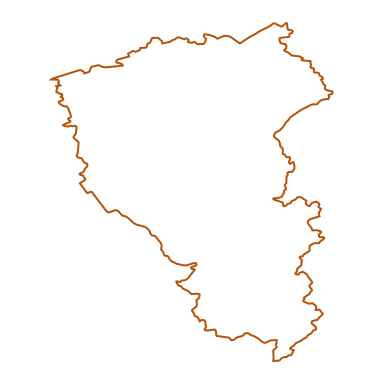 SVG path tracing the border of Kemerovo
{"feature_id": "RUS-2401", "entity_name": "Kemerovo", "entity_type": "Region", "adm_level": 1, "iso_a3": "RUS", "parent_name": "Russia", "parent_adm1": "", "projection": "natural_earth1", "projection_center": [87.523, 54.5], "detail": "fine", "context": "isolated", "style": "outline", "palette": "amber", "viewbox_px": 384, "rotation_deg": 0, "n_neighbors": 0, "source": "natural_earth", "source_scale": "10m", "svg_char_len": 5880}
<svg xmlns="http://www.w3.org/2000/svg" viewBox="0 0 384 384"><path d="M281.2,26.6L282.2,26.3L286.2,23.0L287.2,23.6L287.2,26.0L287.8,29.6L291.6,30.3L292.3,30.5L292.7,31.2L292.3,32.8L290.1,33.6L289.4,34.2L289.4,36.2L288.8,37.0L280.3,37.8L279.7,38.2L279.6,40.8L280.7,43.2L285.4,44.2L286.4,45.7L286.1,48.4L284.3,50.0L284.6,50.9L287.9,52.3L291.8,55.5L299.6,56.4L300.6,57.3L302.6,57.9L302.8,58.5L301.8,59.4L301.7,60.0L302.1,60.3L310.5,61.1L310.7,61.4L310.4,62.9L311.1,64.6L310.4,66.7L310.6,67.6L313.9,68.6L314.0,69.3L313.7,71.0L314.0,72.1L314.9,72.6L317.0,72.5L318.6,73.0L318.9,73.4L319.7,75.7L322.0,76.9L322.7,77.7L322.9,78.8L321.1,79.6L323.6,84.2L325.2,85.5L325.3,86.3L324.8,88.0L325.0,88.9L326.9,90.2L332.4,91.6L332.7,92.6L331.8,94.1L329.0,94.7L328.6,95.6L329.4,96.9L328.4,98.9L323.0,99.6L321.1,100.4L319.8,101.2L317.2,104.0L316.2,104.4L312.9,104.3L311.2,104.8L300.9,110.0L290.0,117.5L288.9,119.6L286.0,122.4L283.3,126.7L280.0,130.1L275.5,132.6L274.0,135.0L274.0,136.3L274.7,137.3L278.9,140.8L279.9,143.2L280.2,145.9L282.8,148.7L282.7,153.5L283.2,154.1L285.0,154.7L285.7,156.3L286.6,157.1L289.5,157.1L290.0,157.9L290.1,159.1L289.0,161.7L289.3,163.3L290.2,163.8L292.5,162.3L293.7,162.3L294.5,166.8L294.3,168.8L292.3,171.8L288.7,171.9L287.4,173.0L287.6,175.5L286.5,176.6L286.3,183.1L284.7,185.2L286.1,188.9L283.9,191.1L283.8,193.6L282.6,194.9L281.9,196.5L281.3,197.0L277.7,198.0L273.9,198.3L273.3,198.6L273.3,199.0L274.3,199.7L282.5,202.4L282.9,203.1L283.4,206.0L284.3,206.3L286.1,205.5L287.9,203.8L289.9,203.5L291.0,202.5L291.7,201.1L295.8,199.3L297.0,197.6L299.7,197.0L301.2,197.4L306.3,200.7L305.8,203.9L308.8,206.1L309.5,206.1L311.2,203.7L312.3,202.8L316.3,201.7L318.4,202.9L319.4,204.2L318.6,206.2L318.6,207.1L321.1,209.0L318.7,213.0L319.5,216.3L309.6,219.4L308.0,221.1L307.6,222.4L308.4,224.0L311.3,227.7L312.4,230.4L317.0,230.2L320.8,231.4L321.2,232.1L318.8,234.8L319.1,236.5L320.0,237.2L323.2,237.1L324.3,238.1L323.5,239.2L320.2,241.3L319.1,243.1L314.1,243.2L310.6,245.1L309.8,245.9L309.6,246.8L309.5,250.5L309.1,251.3L303.9,254.4L302.7,256.3L300.8,256.5L299.7,257.1L299.7,257.8L301.8,260.0L301.2,265.0L300.1,266.5L297.3,268.5L297.0,271.1L295.4,273.4L295.7,274.1L298.1,274.6L298.7,274.3L299.4,272.9L303.0,271.8L307.3,274.8L307.9,276.5L312.0,281.8L312.1,282.7L311.7,283.4L309.5,285.4L309.4,286.0L309.5,286.5L312.0,289.8L311.9,290.5L310.4,291.9L309.5,294.2L307.6,295.1L304.0,297.7L303.8,297.9L304.4,298.9L303.2,301.0L303.8,301.6L308.4,303.6L312.9,303.4L316.2,306.2L316.3,307.3L315.6,309.8L316.3,310.1L318.9,309.6L319.7,309.9L322.8,313.9L322.7,314.3L319.5,317.2L317.6,319.7L312.5,321.0L311.8,321.5L311.6,322.9L311.9,323.6L315.8,327.0L316.2,328.8L316.0,329.5L313.5,330.3L311.2,333.4L308.1,335.0L306.3,337.5L303.3,338.9L301.4,340.5L295.4,343.5L293.8,345.6L290.4,348.0L290.2,348.5L290.7,349.2L293.7,350.3L291.4,354.9L288.3,355.5L286.7,357.1L284.5,357.0L282.9,357.5L281.4,358.4L280.0,360.0L278.5,360.7L273.3,361.0L273.6,358.9L273.2,350.6L276.7,347.1L276.6,346.4L275.7,345.2L276.8,341.3L276.7,340.2L276.4,340.0L270.4,340.5L266.4,342.4L264.3,342.9L261.0,341.1L258.8,338.9L255.5,336.9L253.1,335.7L251.5,335.4L248.0,333.1L244.7,333.5L242.5,336.0L237.2,337.3L233.6,340.0L231.5,340.3L229.4,338.1L228.3,337.5L216.8,336.0L216.3,335.3L216.3,333.7L215.6,330.5L215.2,329.7L214.3,329.5L207.4,330.6L204.7,329.9L204.6,329.2L205.9,327.5L205.9,326.7L205.2,321.5L204.8,320.6L203.9,320.2L201.5,320.0L199.8,321.3L197.8,317.2L195.3,316.2L194.5,315.5L194.1,313.7L192.0,310.6L192.1,310.1L196.6,306.2L196.8,305.3L196.6,300.0L199.2,297.7L199.7,294.5L198.9,294.0L196.2,293.6L192.0,294.2L191.1,293.9L188.4,291.2L182.9,288.6L181.5,286.6L178.2,285.4L176.3,281.8L176.4,281.4L177.3,281.3L179.6,282.1L180.7,281.6L181.4,280.7L185.3,280.1L187.9,278.3L194.7,269.8L194.3,269.2L191.8,268.8L191.0,267.5L191.6,267.0L196.2,265.3L196.5,264.6L195.7,263.0L193.0,263.3L186.9,265.3L184.0,265.4L177.0,263.9L170.9,260.8L169.6,259.4L168.7,257.4L167.7,256.1L165.1,255.8L164.4,255.2L163.3,252.5L161.1,249.3L161.7,245.3L160.6,242.8L155.3,236.2L154.1,235.7L152.5,235.7L151.3,234.9L150.5,233.8L149.5,230.8L146.7,228.1L145.5,227.1L135.7,224.3L133.0,222.5L128.2,218.0L125.3,216.2L122.3,215.6L118.4,211.3L116.5,210.2L115.1,210.3L108.9,212.4L107.8,212.3L105.6,210.1L91.7,191.8L90.8,191.8L87.2,193.1L79.9,183.3L84.6,180.2L85.3,179.1L82.9,175.4L80.2,174.9L79.6,174.1L79.7,173.7L83.5,171.9L84.8,168.8L86.9,166.8L87.3,165.7L87.3,164.2L86.6,163.5L84.2,162.6L81.7,158.4L78.0,157.5L76.6,155.8L77.6,153.5L77.9,151.6L78.6,142.8L78.3,141.9L73.9,138.2L73.5,136.9L75.9,133.4L76.6,126.7L74.7,125.7L72.3,126.3L70.4,125.6L68.5,126.5L67.6,126.5L64.4,125.9L63.1,125.2L63.5,124.7L70.2,121.9L70.4,121.0L68.6,119.8L68.1,118.7L70.3,117.5L70.8,116.9L70.9,115.8L68.7,109.5L67.1,106.5L63.8,106.2L60.2,104.1L58.8,102.6L58.8,101.7L62.7,100.2L63.3,99.3L62.8,98.0L60.8,97.0L60.7,96.7L62.2,95.8L62.3,95.0L61.9,94.1L59.9,93.9L58.2,92.6L56.4,92.2L56.6,89.6L57.6,88.0L57.6,87.5L56.3,86.5L56.2,86.0L60.2,85.4L58.1,83.1L58.1,82.6L59.0,81.5L58.7,80.8L57.9,79.7L51.3,79.5L52.5,78.6L78.3,70.5L80.8,70.1L83.8,71.9L84.3,73.4L88.6,72.1L89.6,71.3L90.3,68.7L91.6,66.8L98.6,65.1L102.1,66.8L105.5,67.4L122.7,65.6L122.4,64.5L121.5,63.8L116.7,62.6L116.2,61.9L116.2,61.2L117.0,60.1L118.3,59.4L129.1,56.5L129.1,55.9L128.0,53.9L132.2,51.2L133.1,51.0L135.2,51.7L136.1,51.6L139.7,50.1L140.2,49.4L140.4,47.9L145.1,47.8L146.2,47.4L146.8,46.5L147.5,43.7L150.1,42.8L151.7,38.6L152.5,38.0L157.8,37.8L161.3,40.6L161.9,41.4L162.5,43.4L170.0,41.9L171.8,40.4L175.0,39.3L176.7,37.8L179.0,37.3L184.0,39.2L185.9,38.4L186.9,38.6L188.7,40.0L187.9,41.6L188.6,42.3L191.9,42.8L194.4,41.8L197.6,44.2L203.2,44.0L204.2,43.4L205.6,40.9L205.9,39.7L205.9,38.7L204.0,36.8L203.7,35.8L204.2,34.4L205.3,34.3L210.0,35.1L214.6,36.7L217.4,38.7L224.0,35.9L226.7,35.9L230.5,36.8L239.8,43.5L249.5,37.1L254.3,34.6L259.6,31.2L269.5,26.3L273.3,23.5L274.8,23.4L281.2,26.6Z" fill="none" stroke="#b45309" stroke-width="2"/></svg>